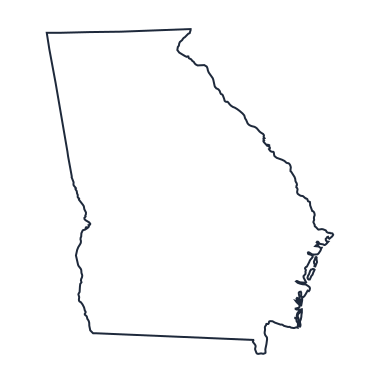 outline of Georgia, rotated 358°
{"feature_id": "USA-3543", "entity_name": "Georgia", "entity_type": "State", "adm_level": 1, "iso_a3": "USA", "parent_name": "United States of America", "parent_adm1": "", "projection": "albers", "projection_center": [-82.629, 32.682], "detail": "fine", "context": "isolated", "style": "outline", "palette": "slate", "viewbox_px": 384, "rotation_deg": 358, "n_neighbors": 0, "source": "natural_earth", "source_scale": "10m", "svg_char_len": 6003}
<svg xmlns="http://www.w3.org/2000/svg" viewBox="0 0 384 384"><g transform="rotate(358 192 192)"><path d="M328.3,237.6L328.4,237.8L329.0,238.1L329.8,238.1L330.9,238.3L331.6,239.7L330.6,241.2L327.7,243.5L327.1,243.1L326.7,242.4L326.4,241.5L325.6,241.7L324.9,242.7L324.0,243.6L324.1,244.9L324.9,246.1L326.5,246.4L324.5,248.5L323.1,249.5L322.3,249.6L321.2,248.9L318.5,248.4L317.5,248.0L316.7,246.6L316.2,246.1L315.4,246.0L314.8,246.7L315.2,247.3L316.5,248.2L316.5,248.9L314.2,249.6L313.4,250.4L316.7,250.9L318.4,252.3L319.6,252.3L319.1,253.2L318.4,255.0L316.6,257.5L315.8,258.3L315.0,258.7L311.8,258.8L309.8,258.5L306.9,256.5L306.1,256.3L305.7,256.8L305.9,257.8L306.7,258.3L308.6,258.8L310.4,260.1L310.2,261.4L307.8,264.0L307.1,265.2L306.7,266.2L304.2,270.6L303.2,271.0L302.4,271.9L302.3,272.5L303.1,274.0L302.6,275.4L302.7,276.6L302.5,277.9L300.5,280.0L300.6,281.6L302.9,286.2L302.3,286.7L296.7,286.0L295.4,285.4L294.1,284.7L293.6,284.6L292.9,285.0L294.4,286.4L296.9,287.4L299.5,288.1L301.8,288.3L302.8,288.6L305.4,290.5L306.3,291.4L306.5,292.6L306.1,294.2L305.3,295.2L304.1,294.6L302.0,298.1L300.6,300.1L299.5,300.9L298.0,300.8L297.5,300.4L297.6,296.3L297.2,295.4L295.9,295.6L295.2,296.4L295.2,297.5L295.7,300.3L295.8,301.7L295.5,302.7L293.3,301.5L292.8,302.1L293.0,303.0L294.8,303.7L296.8,305.7L296.8,304.4L297.1,303.5L298.4,302.4L298.3,304.2L297.2,309.2L296.9,309.2L296.1,307.8L294.8,306.2L293.3,304.9L291.8,304.4L292.7,305.7L295.1,308.2L295.6,309.4L295.3,310.8L294.3,311.5L291.5,312.1L291.5,312.6L292.7,313.2L294.9,313.2L295.7,313.5L295.0,314.6L293.2,316.7L292.8,317.6L292.4,319.3L292.6,320.0L293.2,320.9L293.2,321.8L292.1,321.3L290.8,321.3L290.8,321.8L291.6,322.1L291.9,322.8L292.0,324.7L292.3,325.3L293.0,326.2L293.3,327.1L293.2,328.7L292.8,330.4L292.9,331.3L291.4,330.9L289.4,331.5L288.8,331.5L286.3,331.0L284.9,330.2L283.2,330.2L279.3,329.0L277.7,327.8L276.9,327.6L275.8,327.6L270.2,325.4L268.0,324.0L265.8,323.8L264.8,324.0L264.4,324.6L264.1,326.0L263.7,326.5L263.1,326.6L262.0,326.4L261.7,326.5L261.3,327.8L260.4,328.9L260.1,329.8L260.2,332.2L259.7,334.7L259.7,335.9L260.3,337.8L261.8,339.9L261.9,341.8L261.1,346.5L259.8,351.8L259.9,354.7L259.8,355.3L259.2,355.7L257.5,356.2L255.4,355.7L252.6,356.1L251.6,355.9L251.0,355.4L250.7,354.8L249.6,351.6L249.6,350.8L250.2,348.6L250.1,347.6L249.5,346.5L248.1,344.6L247.6,343.8L248.2,342.3L248.1,342.0L92.1,329.9L88.2,329.7L85.5,326.8L84.7,322.1L84.7,319.1L84.3,317.4L83.5,315.8L83.0,315.2L82.6,313.1L82.2,312.3L80.6,310.8L80.6,310.0L81.3,309.0L81.5,308.4L81.4,307.7L80.8,306.9L80.1,303.6L78.7,300.6L77.1,298.3L75.9,297.6L75.3,296.7L75.2,295.6L75.6,293.1L74.9,290.4L75.1,289.7L76.2,288.0L76.7,282.6L77.1,280.0L78.4,278.4L77.9,276.4L78.3,274.9L79.0,273.6L79.4,271.9L79.3,271.0L78.7,269.0L78.6,266.2L78.1,264.8L76.1,262.0L75.6,260.8L74.1,252.9L73.8,251.4L75.2,245.9L76.4,243.2L78.4,240.2L79.1,238.9L79.3,237.1L78.9,235.5L79.1,233.9L79.7,232.7L80.0,229.4L81.1,227.2L81.5,226.5L81.9,226.3L83.7,225.9L85.4,224.9L84.5,224.3L84.7,223.7L85.6,223.5L86.6,224.0L87.2,223.6L87.6,223.1L87.8,222.4L87.5,221.5L88.6,221.3L89.0,220.9L89.2,220.4L89.1,219.9L88.5,219.6L88.2,218.8L84.8,216.6L83.7,215.5L83.5,214.2L84.8,212.8L84.5,212.0L85.2,210.5L85.3,208.7L83.8,205.5L83.5,203.2L83.3,202.3L82.6,201.1L78.7,195.7L79.0,194.8L78.6,194.2L77.9,193.7L77.6,193.0L77.7,190.9L77.1,189.5L76.8,187.0L75.8,185.4L75.6,184.7L76.1,184.1L74.0,181.3L73.8,180.1L74.0,178.1L72.2,173.0L72.4,172.3L69.4,152.0L68.9,147.2L59.5,78.3L54.4,44.3L52.4,27.8L65.8,28.3L94.9,28.6L126.4,29.3L196.3,29.1L196.3,30.0L195.2,33.2L193.8,33.7L190.2,37.1L189.1,37.7L188.1,38.8L187.5,39.8L185.1,41.7L184.4,43.2L184.1,44.8L183.9,45.4L182.9,46.6L182.3,49.6L184.1,52.2L189.4,55.7L191.3,56.7L192.7,56.3L193.1,56.4L193.2,57.3L193.6,58.2L195.8,59.4L197.0,61.1L198.2,61.9L199.2,63.6L200.1,64.6L202.0,65.7L208.7,65.6L211.1,67.2L211.8,69.0L212.1,71.0L212.9,73.2L216.7,79.0L217.2,80.6L218.3,86.7L218.6,87.7L219.0,88.0L219.9,89.3L221.3,89.9L222.1,90.5L223.2,92.0L223.8,94.0L224.3,95.0L225.7,95.7L226.2,96.5L227.4,100.1L227.8,102.0L228.6,102.8L229.5,103.1L230.7,103.1L231.6,104.1L232.6,105.6L234.0,107.1L235.8,108.4L237.7,109.2L240.0,110.7L242.5,112.7L245.3,115.3L246.9,117.3L247.7,120.4L248.6,121.8L250.0,125.4L251.1,126.7L252.5,127.6L253.8,128.2L256.6,129.0L257.7,129.6L259.0,130.6L261.5,133.8L262.7,134.9L265.1,136.5L265.9,137.8L265.5,139.3L266.3,140.7L265.4,140.9L265.2,141.4L265.9,143.1L265.1,143.6L265.5,144.6L268.5,148.1L269.0,147.4L269.7,147.5L270.8,147.9L270.8,148.4L270.0,148.9L271.0,149.7L271.4,150.5L271.3,151.2L270.4,151.8L271.3,153.3L272.3,154.2L273.3,154.6L274.7,154.7L275.1,155.2L275.4,158.0L275.7,159.0L277.8,160.8L283.1,162.9L285.5,164.2L287.2,165.9L288.1,166.4L289.4,166.6L290.1,167.1L290.9,168.3L291.4,169.7L291.6,170.9L291.2,173.3L291.2,174.7L291.9,175.3L295.0,180.6L295.6,182.5L295.8,184.7L296.2,185.7L296.8,186.7L297.1,187.8L297.1,188.8L296.7,189.3L296.4,190.9L297.2,191.8L297.6,192.9L297.1,195.3L297.1,196.3L297.6,197.5L299.5,199.0L300.7,199.6L302.5,199.9L303.0,200.2L305.2,202.3L305.4,202.2L306.7,202.9L307.0,203.2L307.4,204.6L307.7,205.3L309.4,206.0L309.6,207.2L309.6,209.4L311.5,215.2L312.4,215.5L313.1,216.3L313.6,217.5L313.8,219.0L313.7,219.8L313.2,220.8L312.9,222.3L313.1,224.1L312.4,225.7L312.3,226.5L313.5,229.2L313.4,230.1L313.6,230.6L314.8,231.6L316.6,233.7L317.1,234.0L320.5,233.6L321.8,233.9L324.3,235.0L324.7,235.5L325.1,236.5L326.0,237.2L327.1,237.6L328.3,237.6ZM307.2,275.2L308.2,273.7L309.1,273.6L310.1,273.1L311.2,273.4L311.8,274.0L310.4,276.7L309.6,278.8L308.3,280.2L306.7,283.5L305.7,283.6L304.9,283.0L304.4,281.8L305.0,279.8L306.1,278.2L307.2,275.2ZM294.1,324.6L294.1,322.2L293.2,319.8L293.8,317.7L296.8,315.2L297.3,313.0L297.7,313.0L297.6,316.2L297.1,318.5L296.9,320.6L296.3,323.1L295.4,325.1L295.4,326.1L295.8,328.3L295.7,329.6L295.2,330.3L294.7,330.0L294.1,324.6ZM312.5,263.5L313.2,261.5L314.0,261.4L314.3,261.8L314.1,262.8L314.2,264.4L314.5,266.4L312.6,270.7L311.8,270.5L312.2,268.4L311.6,267.6L311.4,265.9L312.5,263.5Z" fill="none" stroke="#1e293b" stroke-width="2"/></g></svg>